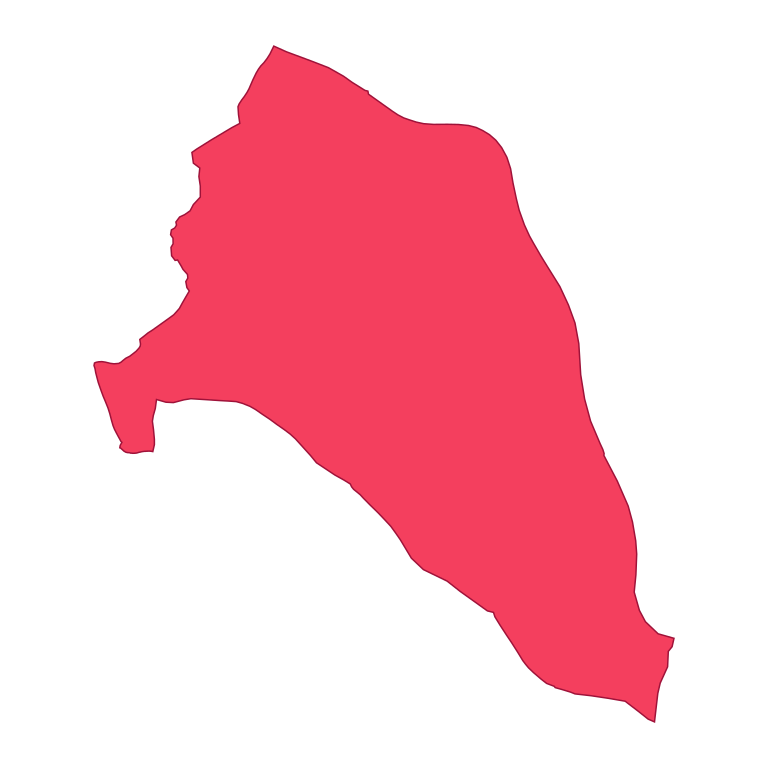 the district of Ibadan South East, Oyo, Nigeria, rotated 270°
{"feature_id": "59680162B26854390786792", "entity_name": "Ibadan South East", "entity_type": "district", "adm_level": 2, "iso_a3": "NGA", "parent_name": "Nigeria", "parent_adm1": "Oyo", "projection": "mercator", "projection_center": [3.898, 7.355], "detail": "fine", "context": "isolated", "style": "filled", "palette": "rose", "viewbox_px": 768, "rotation_deg": 270, "n_neighbors": 0, "source": "geoboundaries", "source_scale": "gbopen_adm2", "svg_char_len": 3170}
<svg xmlns="http://www.w3.org/2000/svg" viewBox="0 0 768 768"><g transform="rotate(270 384 384)"><path d="M405.0,94.5L402.5,94.0L399.4,95.0L395.4,95.7L390.3,97.0L385.4,98.3L377.1,101.2L371.7,103.2L367.2,105.1L360.0,108.0L354.3,109.8L348.1,111.4L342.5,113.0L338.7,114.5L335.0,116.4L330.9,118.6L328.2,120.1L326.8,120.8L325.7,121.9L322.6,120.2L320.2,119.8L319.9,120.6L318.3,122.4L317.2,123.6L316.9,123.9L315.8,125.8L315.4,127.4L315.3,129.1L315.2,129.8L314.8,130.9L314.9,131.4L314.8,132.2L314.7,132.8L314.8,135.1L315.0,136.8L315.7,139.1L316.0,140.7L316.3,141.8L316.5,143.2L316.7,144.7L316.7,145.9L316.8,146.6L316.9,149.3L316.7,151.3L316.4,152.8L323.4,154.4L328.6,154.4L338.4,153.5L346.8,152.4L352.4,153.3L359.5,155.3L368.5,156.5L365.8,165.9L365.4,173.4L368.2,184.0L369.3,190.9L368.2,208.4L367.4,220.3L366.9,229.2L366.4,236.2L364.7,242.3L361.7,249.9L358.5,255.5L353.9,262.1L350.9,266.6L348.7,269.9L343.8,276.5L338.5,284.1L334.0,290.1L329.1,295.5L312.4,310.6L305.2,316.5L292.9,335.0L287.9,344.0L284.0,350.3L281.2,351.6L278.7,353.6L273.3,360.2L269.7,363.5L263.4,369.7L255.1,378.2L248.6,384.4L241.7,390.8L238.8,392.9L234.5,396.0L228.3,400.3L209.8,411.4L198.4,423.4L186.9,447.1L176.5,460.3L157.1,487.4L155.6,493.5L151.2,494.9L142.6,500.2L133.1,506.4L125.2,511.7L115.3,518.0L107.4,522.8L103.7,525.6L100.1,528.6L95.4,533.5L88.8,541.2L84.6,546.6L81.7,554.2L80.4,555.2L78.4,562.3L75.9,570.5L74.1,575.0L72.3,590.9L69.7,608.3L66.8,625.1L56.7,638.3L48.9,648.1L46.1,654.5L74.6,657.8L84.9,660.2L101.2,667.6L116.6,668.3L121.3,672.1L129.7,674.0L134.2,658.1L146.3,645.4L157.6,639.4L175.9,634.2L193.2,635.9L213.9,636.7L227.3,635.7L246.0,632.5L261.9,628.2L286.9,617.3L312.5,603.9L314.5,604.1L318.6,602.8L324.4,600.1L346.8,590.6L369.0,584.6L393.3,580.7L424.4,578.8L445.0,575.0L463.1,568.4L481.4,559.9L500.8,547.8L512.5,540.6L525.5,533.1L532.0,529.5L543.1,524.4L557.7,519.2L569.0,516.4L585.0,513.0L599.3,510.6L610.7,506.9L620.3,501.7L627.8,495.8L633.3,489.5L637.4,482.8L640.5,476.3L642.5,468.6L643.5,458.4L643.7,447.6L643.6,433.5L644.3,423.7L645.9,416.3L648.2,409.2L650.1,403.7L653.3,397.6L655.8,393.9L656.5,392.8L673.8,368.5L676.9,367.9L677.6,365.0L685.6,352.2L691.8,343.5L700.3,328.5L706.4,312.8L716.3,286.2L721.9,273.8L714.1,270.0L709.5,267.1L705.3,263.9L702.2,260.9L698.9,258.5L695.2,256.3L688.2,252.9L679.2,249.0L675.7,247.1L671.3,244.2L668.3,241.9L664.2,239.2L661.3,238.0L653.4,238.5L644.6,239.8L640.4,231.9L628.3,211.6L619.0,196.8L615.6,191.9L604.8,193.4L600.0,199.8L591.4,198.9L582.0,200.3L570.9,200.3L563.5,193.4L557.2,190.1L553.4,184.7L551.0,179.6L546.0,175.9L542.8,176.5L540.0,174.7L538.1,171.4L533.3,170.6L529.8,173.0L524.2,173.1L520.6,171.0L512.2,171.6L507.6,175.1L508.0,177.6L501.6,181.4L498.6,183.0L496.5,184.9L493.5,187.5L489.9,187.8L486.4,185.8L480.4,186.9L477.0,189.3L471.2,185.9L465.1,182.4L459.6,179.4L456.6,176.8L453.2,173.7L449.1,168.1L437.9,152.4L435.1,148.0L432.0,144.2L428.6,139.8L424.0,140.5L421.8,140.2L419.9,139.0L416.7,136.1L411.8,129.8L409.7,125.7L407.2,122.6L406.0,121.3L404.6,118.8L404.2,114.0L404.7,110.1L405.0,109.0L405.9,105.2L406.4,101.8L406.3,100.7L406.3,100.4L406.2,98.6L405.7,96.1L405.0,94.5Z" fill="#f43f5e" stroke="#9f1239" stroke-width="1.5"/></g></svg>